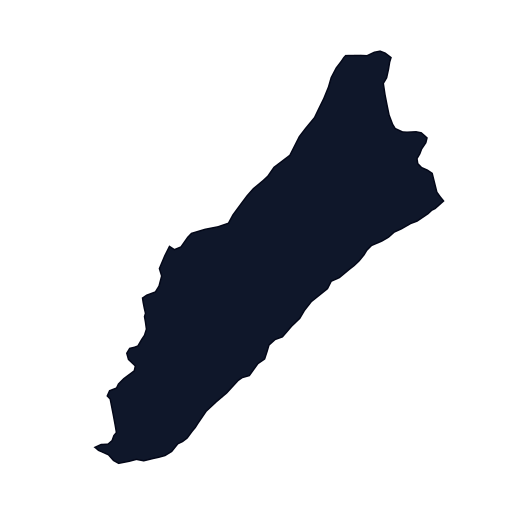 Qusar District, Qusar, Azerbaijan (Mercator projection), rotated 349°
{"feature_id": "54616110B21517829058101", "entity_name": "Qusar District", "entity_type": "district", "adm_level": 2, "iso_a3": "AZE", "parent_name": "Azerbaijan", "parent_adm1": "Qusar", "projection": "mercator", "projection_center": [48.257, 41.46], "detail": "fine", "context": "isolated", "style": "filled", "palette": "ink", "viewbox_px": 512, "rotation_deg": 349, "n_neighbors": 0, "source": "geoboundaries", "source_scale": "gbopen_adm2", "svg_char_len": 1936}
<svg xmlns="http://www.w3.org/2000/svg" viewBox="0 0 512 512"><g transform="rotate(349 256 256)"><path d="M382.3,76.4L380.1,78.0L376.9,81.2L370.7,86.7L363.9,95.2L359.4,104.0L352.6,114.4L345.4,123.9L339.9,131.3L329.2,140.1L321.4,147.0L308.5,163.6L290.6,172.4L282.9,179.9L277.3,183.4L266.3,189.4L258.9,195.1L251.6,201.7L241.2,211.3L235.2,218.6L224.2,220.1L211.1,220.1L197.0,221.5L192.6,224.6L184.1,232.8L177.1,234.2L172.9,230.1L166.5,238.4L158.8,249.9L159.6,257.6L155.1,267.0L150.4,272.1L141.3,273.6L136.6,275.6L136.4,279.7L136.4,285.8L136.6,291.2L135.0,294.2L134.9,299.6L134.5,306.9L131.4,312.6L128.0,316.0L122.9,321.8L119.4,322.4L114.4,322.6L110.6,326.8L111.1,333.2L116.6,340.9L114.6,345.5L102.8,351.2L96.6,355.4L93.9,359.0L86.6,360.3L83.3,365.0L85.6,368.5L85.6,378.3L85.6,385.5L85.5,395.1L85.3,402.7L82.3,405.1L79.5,409.8L74.8,412.5L68.0,411.5L61.4,413.1L62.2,414.0L64.3,416.7L73.3,423.0L77.1,429.5L81.6,433.3L92.5,433.3L99.8,432.8L106.7,435.6L112.9,435.3L116.7,435.1L122.0,435.0L128.6,434.5L136.0,431.7L143.4,425.4L148.5,424.1L153.7,421.5L159.8,415.9L163.7,412.7L166.8,409.4L177.5,398.8L189.0,391.6L201.1,384.8L214.6,374.8L219.3,372.7L226.6,372.1L237.3,362.0L244.8,358.7L248.7,351.7L251.7,345.9L258.8,341.6L266.5,340.4L277.8,331.5L287.0,325.6L293.2,318.6L301.6,311.3L319.9,301.7L325.0,295.1L333.7,293.1L338.1,290.7L344.8,287.0L350.5,284.1L356.3,280.4L362.3,275.4L365.7,271.6L371.4,267.7L382.5,265.3L389.8,262.7L396.2,258.9L403.8,257.1L414.0,253.6L420.7,252.5L432.9,247.3L437.2,244.6L440.8,243.6L450.6,237.8L448.0,232.9L445.7,227.9L444.7,208.5L440.6,204.4L435.4,200.8L432.4,196.2L432.6,191.1L436.3,186.9L439.0,182.5L444.3,177.2L446.4,172.7L441.7,166.6L436.8,164.6L427.8,163.3L423.5,162.2L416.9,157.4L415.2,152.8L413.5,143.0L413.4,132.1L413.4,122.2L413.9,110.8L418.2,106.0L421.7,97.9L424.2,91.1L426.4,87.0L421.5,81.5L416.9,78.6L411.0,78.6L403.2,80.6L397.0,79.1L382.3,76.4Z" fill="#0f172a" stroke="#020617" stroke-width="1.5"/></g></svg>